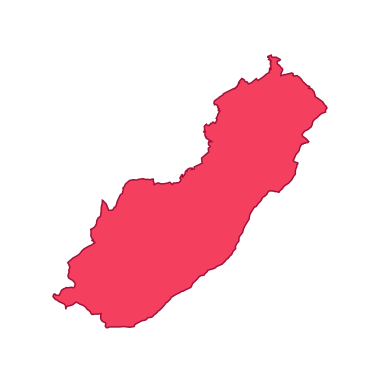 the district of Vatava, Mures, Romania, rotated 191°
{"feature_id": "2599482B44944488682244", "entity_name": "Vatava", "entity_type": "district", "adm_level": 2, "iso_a3": "ROU", "parent_name": "Romania", "parent_adm1": "Mures", "projection": "albers", "projection_center": [24.826, 47.007], "detail": "fine", "context": "isolated", "style": "filled", "palette": "rose", "viewbox_px": 384, "rotation_deg": 191, "n_neighbors": 0, "source": "geoboundaries", "source_scale": "gbopen_adm2", "svg_char_len": 6004}
<svg xmlns="http://www.w3.org/2000/svg" viewBox="0 0 384 384"><g transform="rotate(191 192 192)"><path d="M143.4,339.5L143.3,338.7L142.4,338.8L142.1,338.5L141.7,337.4L142.1,336.6L140.4,336.5L139.8,336.1L140.2,335.7L140.0,335.3L139.2,334.9L139.3,334.0L139.8,333.5L139.3,332.6L139.5,332.4L138.9,331.9L138.7,330.9L138.7,329.8L138.5,329.5L139.1,328.4L138.2,328.6L137.7,327.7L138.2,327.2L139.1,327.6L139.1,327.0L138.7,326.6L139.2,326.1L139.2,324.9L138.9,324.1L141.5,321.9L144.1,318.5L148.6,314.0L150.5,315.6L154.3,310.8L157.3,308.8L158.7,310.5L159.9,310.6L160.4,310.4L161.7,311.2L161.9,311.9L162.9,312.4L163.8,312.4L163.9,312.8L164.8,313.0L166.5,309.9L166.3,308.7L167.1,308.5L167.1,308.0L166.6,308.0L166.6,307.3L167.3,306.4L167.8,303.9L168.4,304.0L169.5,301.6L169.9,302.0L171.3,301.1L179.1,295.1L180.2,293.9L180.3,293.0L183.2,290.4L183.7,289.5L187.3,285.8L187.5,284.9L187.3,283.1L186.6,282.6L186.5,282.0L185.8,282.4L185.1,282.4L183.4,281.7L182.7,280.7L183.1,280.4L183.0,280.0L182.3,279.3L181.4,279.1L181.1,278.6L181.9,277.6L181.7,276.9L180.3,277.2L180.0,276.9L181.5,273.1L181.4,272.1L182.3,268.8L181.4,268.5L181.5,266.5L182.2,264.2L182.6,263.8L183.1,263.8L183.7,264.4L184.9,264.6L185.9,262.9L186.8,262.8L186.8,262.4L187.9,260.4L188.7,260.7L189.6,260.3L190.5,260.8L190.7,261.1L190.8,260.8L191.5,260.6L192.5,258.5L191.9,257.6L191.5,254.7L190.6,254.1L191.8,253.7L192.0,253.3L190.7,252.6L190.2,251.7L190.3,250.8L189.8,249.5L188.5,248.6L188.7,247.9L187.3,247.0L186.6,247.1L185.5,246.3L184.2,246.0L183.5,245.4L182.9,245.6L182.2,245.3L183.5,244.6L184.9,244.8L185.2,244.4L185.3,243.7L184.9,241.9L184.3,241.1L183.3,240.8L182.9,240.3L183.2,239.2L184.3,238.3L184.2,237.2L183.3,234.4L189.1,227.1L187.6,222.2L194.6,217.0L194.1,215.1L196.6,214.1L196.3,214.8L196.3,215.4L197.9,215.2L199.0,214.8L200.8,213.3L200.9,211.5L201.8,211.9L202.4,210.4L202.3,208.4L203.8,204.9L204.4,204.8L204.7,207.2L205.7,206.5L205.6,205.7L206.4,204.0L206.5,203.2L205.3,202.0L205.6,200.1L206.1,199.7L206.4,199.1L207.7,198.2L208.9,198.2L209.7,197.7L211.7,197.4L212.3,196.7L212.6,195.6L214.1,196.3L215.2,197.2L215.9,197.3L217.4,196.2L221.2,194.7L224.1,194.1L226.4,194.5L227.3,194.1L227.8,194.2L230.6,192.0L230.9,193.4L232.2,195.6L232.2,196.7L232.5,197.3L233.9,197.0L234.8,196.2L237.8,196.0L239.7,195.5L242.9,195.7L247.6,193.9L248.3,193.2L252.3,192.8L255.5,191.4L258.8,187.2L259.6,184.1L260.6,182.6L259.8,181.2L260.1,179.2L260.1,177.2L261.6,175.9L261.9,175.3L263.5,168.9L264.0,163.7L264.2,163.1L265.3,162.2L266.4,159.3L268.9,158.3L270.5,158.4L273.7,163.6L277.6,166.5L278.4,166.8L277.9,163.4L278.2,160.2L277.8,158.0L277.8,157.2L277.4,156.1L277.5,154.4L277.3,153.6L277.2,151.0L277.9,149.9L279.1,148.8L279.6,147.5L280.0,145.3L279.7,142.6L280.5,139.8L281.9,137.9L284.3,136.0L283.5,133.9L282.9,129.8L282.0,128.2L280.6,126.6L280.6,126.2L280.9,125.2L280.5,125.1L279.6,125.9L279.0,124.4L278.7,124.1L277.7,124.0L277.7,123.6L281.0,120.4L282.4,119.6L287.0,115.7L288.9,113.2L290.0,110.7L291.0,109.2L292.3,107.8L296.3,104.4L300.5,99.0L298.9,97.1L298.5,96.1L297.5,95.0L298.0,91.7L297.9,91.1L297.4,90.7L297.3,90.3L297.8,87.2L297.5,85.3L296.5,84.0L292.2,82.4L290.7,81.4L289.5,80.1L289.1,79.3L289.2,76.7L289.8,75.6L290.2,75.3L292.2,75.5L295.4,74.3L297.2,74.2L298.5,73.0L299.5,72.6L300.4,71.3L301.0,71.1L301.3,70.6L302.6,65.4L305.8,64.7L306.7,65.6L307.7,65.6L308.2,65.1L308.4,64.4L308.5,63.0L308.0,62.3L305.6,60.5L303.9,60.2L301.9,59.1L296.4,57.8L295.2,57.0L294.4,56.1L293.6,52.8L293.4,54.8L292.6,56.0L287.9,58.3L284.9,61.5L284.2,61.8L280.4,60.5L276.8,59.9L275.9,59.3L274.6,58.8L272.2,56.6L270.8,56.2L268.7,54.7L268.2,53.8L267.0,52.8L265.9,52.8L263.4,53.9L261.6,54.0L258.1,55.2L258.0,53.0L257.6,50.9L257.2,49.9L256.1,48.4L254.5,47.7L251.9,47.0L251.4,46.0L251.6,44.4L251.4,43.5L250.1,42.5L248.7,42.7L247.7,43.6L246.5,44.0L237.1,45.8L233.5,46.9L227.2,47.4L223.2,48.9L222.9,49.6L223.0,50.8L222.1,51.7L216.7,56.0L213.3,57.4L212.5,58.1L211.4,60.1L208.0,61.3L207.3,61.9L206.4,62.9L206.1,63.8L203.9,66.1L202.9,67.8L202.8,68.4L201.5,69.5L199.8,71.8L197.1,76.5L196.3,78.4L195.3,79.1L192.7,82.9L192.3,84.6L188.1,88.5L185.0,90.7L183.0,92.7L181.7,93.0L179.1,95.2L175.1,98.0L174.6,99.0L174.0,102.2L170.3,107.5L168.6,110.6L167.2,111.6L164.2,112.8L164.1,113.6L163.1,115.2L162.2,116.2L161.3,118.4L156.5,120.7L154.5,122.2L153.7,123.5L148.5,127.1L147.6,128.7L146.6,129.8L145.4,132.3L144.0,133.7L142.4,136.7L141.2,138.1L140.4,141.4L139.7,142.7L138.5,144.3L138.4,145.1L139.0,146.4L138.7,148.1L137.9,150.5L136.7,152.5L136.7,154.0L137.1,155.1L137.1,156.2L136.6,158.0L134.6,162.0L134.4,165.6L133.5,169.1L130.8,176.3L131.0,179.9L130.6,182.1L127.8,189.4L126.7,189.6L126.1,190.3L125.2,192.6L122.7,196.6L122.0,198.6L121.8,199.7L121.2,200.7L119.8,201.6L119.7,202.2L118.6,203.2L118.1,204.1L117.7,206.0L116.6,207.4L115.8,208.0L111.8,208.5L110.8,208.2L109.3,208.5L106.6,208.3L106.0,209.9L103.7,212.8L103.3,214.1L102.5,215.6L98.8,219.2L96.4,223.1L95.0,227.4L94.2,228.6L94.0,229.4L94.6,232.8L94.4,235.2L94.0,236.6L94.1,238.8L93.5,239.8L93.8,240.8L97.0,241.1L98.8,242.4L98.0,244.4L97.5,247.3L96.8,249.3L95.1,252.2L94.7,253.9L94.6,256.7L93.7,259.1L93.9,259.7L92.2,260.2L91.4,261.3L90.3,261.4L89.8,262.0L87.7,262.6L87.0,263.7L89.5,265.6L91.8,266.9L93.8,267.6L94.9,269.5L94.8,270.0L93.1,273.2L90.1,275.5L87.6,278.4L87.0,280.3L86.8,284.1L86.4,285.3L84.9,287.4L83.4,288.8L81.3,292.1L79.4,294.1L76.2,295.9L76.5,298.4L75.5,300.2L76.8,301.8L78.2,302.6L80.8,305.4L85.9,307.8L89.3,309.1L89.8,310.9L90.4,311.6L91.3,313.6L93.3,315.2L93.4,315.6L94.5,316.0L97.0,316.2L97.1,315.9L97.3,315.9L97.4,316.1L96.3,317.1L96.8,318.1L99.0,318.3L102.5,320.4L102.7,320.7L103.8,321.1L106.1,323.5L108.4,325.1L111.2,326.3L114.3,325.2L114.8,325.8L115.3,326.0L115.1,326.7L115.4,327.5L116.8,327.9L120.3,326.2L121.2,325.9L122.4,325.0L123.6,325.0L126.1,323.5L127.0,323.2L127.1,325.9L126.3,328.9L126.4,329.7L127.1,330.6L128.4,331.0L129.2,332.0L130.8,333.2L132.6,334.0L133.4,336.1L133.2,336.7L131.4,337.5L130.8,338.2L130.6,338.9L135.1,340.4L139.2,339.5L140.4,341.5L143.4,339.5Z" fill="#f43f5e" stroke="#9f1239" stroke-width="1.5"/></g></svg>